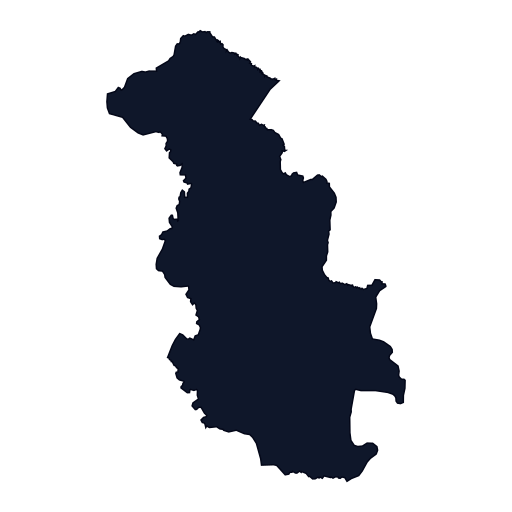 the district of Yendi Municipal, Northern, Ghana
{"feature_id": "2480657B94460481801793", "entity_name": "Yendi Municipal", "entity_type": "district", "adm_level": 2, "iso_a3": "GHA", "parent_name": "Ghana", "parent_adm1": "Northern", "projection": "natural_earth1", "projection_center": [0.075, 9.473], "detail": "fine", "context": "isolated", "style": "filled", "palette": "ink", "viewbox_px": 512, "rotation_deg": 0, "n_neighbors": 0, "source": "geoboundaries", "source_scale": "gbopen_adm2", "svg_char_len": 6006}
<svg xmlns="http://www.w3.org/2000/svg" viewBox="0 0 512 512"><path d="M209.8,31.8L207.1,31.8L206.2,32.7L205.0,31.6L202.5,32.0L200.2,30.7L198.8,32.2L198.1,31.8L195.3,34.6L193.9,33.8L191.4,35.2L188.3,34.4L184.9,36.2L183.3,35.7L180.7,38.5L180.3,42.0L179.3,43.9L177.2,43.9L175.6,46.2L174.1,54.8L173.1,56.5L170.1,58.5L168.6,60.9L156.3,68.1L156.6,71.2L149.0,71.1L145.4,72.1L141.9,71.4L134.0,73.7L127.7,78.6L124.5,87.3L122.2,89.7L121.2,90.2L120.0,88.2L118.3,87.5L115.3,91.5L107.5,93.9L106.9,101.7L107.4,107.9L109.5,113.6L122.6,117.3L130.5,127.3L138.1,132.9L143.1,134.9L155.9,131.6L159.0,132.4L160.0,131.5L162.4,134.1L162.1,135.8L166.0,136.1L167.4,138.7L167.6,141.2L166.1,143.4L166.2,145.9L164.9,148.7L166.6,150.9L169.3,149.0L170.9,149.9L170.5,151.8L169.5,152.7L169.2,157.9L173.2,161.8L173.8,163.3L176.9,164.2L176.7,165.3L177.4,165.9L180.1,165.4L182.0,163.9L182.2,167.1L180.0,172.7L180.3,174.8L185.4,174.9L186.0,178.2L183.5,180.7L184.0,182.0L187.0,182.9L187.6,184.1L191.2,183.4L191.6,184.0L191.0,187.8L189.1,189.2L188.9,191.3L187.4,193.2L187.5,197.3L184.7,197.3L184.4,191.9L182.3,190.2L180.8,192.7L180.1,196.7L179.1,197.2L178.8,199.0L179.7,201.4L179.2,204.6L177.2,205.6L176.2,208.2L177.8,212.8L178.2,220.6L177.6,221.0L177.2,219.2L174.1,219.4L173.1,218.7L172.4,215.3L171.3,215.2L169.1,218.2L169.5,222.4L172.4,226.9L171.7,228.6L170.3,228.6L167.2,231.0L162.9,232.0L161.6,234.7L159.5,236.2L159.7,238.7L162.2,239.6L164.1,239.2L165.4,240.6L162.4,249.1L157.2,258.3L156.2,264.3L156.5,268.7L158.5,270.6L162.5,271.1L164.7,274.5L165.1,277.4L170.3,284.3L174.0,286.3L181.1,286.8L188.0,286.0L188.6,286.6L189.0,289.8L186.0,294.3L187.6,297.5L190.9,298.6L190.6,301.7L192.6,304.7L194.3,302.8L195.9,304.8L196.2,308.2L197.4,310.5L196.0,315.0L198.6,316.8L199.4,319.6L196.8,321.8L196.6,323.5L199.2,324.9L200.4,327.3L200.3,329.1L198.3,334.8L195.2,335.9L193.7,339.9L189.8,338.1L188.4,339.2L186.8,339.0L182.7,334.9L179.7,333.6L175.5,339.4L172.3,345.5L167.6,357.5L169.0,358.0L169.5,359.5L171.0,360.3L171.3,361.6L172.3,361.7L174.1,365.4L175.5,365.8L176.6,367.7L178.2,368.6L177.9,372.2L176.3,372.2L175.8,373.4L177.1,377.9L179.4,379.9L184.0,381.2L184.1,382.2L183.0,383.3L182.5,385.5L181.2,386.5L181.0,387.9L187.3,392.7L189.5,392.6L189.9,390.0L190.5,389.4L193.9,390.4L196.4,389.5L197.5,390.5L197.3,395.2L198.5,399.0L193.0,402.9L192.1,405.9L195.3,409.6L196.6,409.4L198.7,407.3L201.1,407.3L204.5,413.2L206.8,415.4L206.3,416.7L203.6,417.4L201.0,420.0L202.3,422.5L204.1,422.9L205.0,424.1L205.8,427.5L206.7,426.0L209.4,427.5L216.6,426.7L219.9,428.9L222.9,429.3L223.7,430.3L228.7,431.9L236.3,430.2L244.4,433.7L249.7,434.5L252.7,437.4L256.4,443.3L260.7,458.8L261.5,465.1L273.6,464.7L276.7,465.4L285.2,474.8L288.8,474.1L289.7,472.4L292.1,472.2L292.6,471.3L295.4,473.0L296.9,473.1L299.6,471.1L301.2,472.4L301.7,471.6L306.2,473.4L308.7,476.6L309.8,476.4L312.6,478.9L315.2,478.8L317.7,477.3L318.9,477.9L318.9,477.3L320.3,477.2L322.3,478.3L324.0,475.9L330.5,477.5L331.0,477.0L333.0,478.1L335.5,476.8L337.9,476.9L338.5,478.0L340.2,478.3L341.9,477.0L344.8,477.6L347.0,481.3L351.4,478.5L358.7,475.6L362.2,471.0L367.1,462.1L370.3,458.4L376.2,454.0L377.6,450.2L376.9,446.6L372.7,443.3L367.1,443.1L362.4,446.1L357.7,446.5L354.2,445.4L350.9,440.4L349.9,432.8L349.7,417.2L351.2,411.9L351.1,409.2L354.5,390.3L355.8,389.3L361.0,390.6L375.7,390.6L387.8,392.4L392.9,394.2L394.8,395.9L395.9,397.8L396.1,401.1L397.5,403.1L400.5,403.6L403.3,402.4L403.4,395.3L404.9,388.3L405.1,380.3L404.0,379.3L401.6,379.3L399.2,377.0L398.6,375.1L399.1,371.1L398.0,366.0L389.8,359.7L389.0,357.9L389.5,355.5L392.3,352.3L392.1,349.4L390.3,346.5L383.6,341.8L379.4,340.2L372.4,339.0L370.4,333.2L369.7,326.9L376.4,308.5L376.6,303.8L375.7,297.1L379.6,290.7L385.8,286.5L385.7,285.5L385.1,284.0L381.9,283.8L382.1,281.9L381.1,281.7L379.6,280.0L375.0,279.7L371.9,285.3L367.7,285.4L366.9,288.5L363.4,289.5L362.0,288.3L361.4,289.0L360.0,288.8L359.7,287.8L358.9,288.2L357.3,287.1L356.5,287.9L355.7,286.8L353.9,287.5L352.7,285.9L353.1,285.3L352.4,285.7L352.5,284.5L351.9,285.6L348.3,284.6L347.6,285.2L346.8,283.7L344.7,284.6L342.4,283.2L340.3,283.6L339.3,282.2L338.4,282.8L336.1,281.7L335.6,282.6L333.1,283.1L331.5,280.9L330.3,281.4L328.8,280.3L328.1,277.9L326.8,277.5L324.5,274.7L322.3,270.3L322.0,266.7L326.4,260.2L326.4,255.9L327.7,251.9L327.5,244.7L328.1,242.7L327.4,240.3L329.0,234.1L328.6,231.1L330.1,229.8L329.8,220.1L330.9,215.1L330.8,211.5L334.1,208.0L336.2,202.0L336.0,197.3L334.3,193.2L329.4,186.9L329.3,183.4L326.8,183.0L326.9,181.4L325.9,179.3L322.3,176.1L321.2,176.6L319.3,174.9L317.5,175.1L312.2,179.6L311.0,179.4L303.4,182.5L302.7,180.4L303.4,178.0L302.8,176.1L297.6,175.0L296.6,172.4L293.6,172.9L292.1,174.2L291.6,175.8L289.5,176.6L286.3,174.7L285.3,172.9L283.4,173.9L282.0,172.5L280.4,169.6L280.2,161.7L280.8,159.6L279.6,156.4L282.2,152.7L282.1,150.7L284.4,151.4L285.9,150.4L284.7,150.3L284.4,146.4L283.0,145.1L284.1,144.2L282.0,138.8L280.7,138.2L278.6,134.5L274.8,132.5L273.3,130.4L271.3,129.7L267.3,129.8L266.8,128.4L265.2,127.9L265.2,126.9L264.1,126.1L264.3,125.0L263.2,125.3L261.5,124.3L259.5,125.3L258.2,123.2L257.0,123.2L255.4,121.1L253.2,121.1L252.0,119.6L250.2,119.2L270.1,89.3L279.1,80.8L276.2,80.3L276.4,79.1L274.9,79.4L274.8,78.3L272.4,79.5L271.9,78.9L270.9,79.2L270.3,78.2L267.0,76.9L267.0,76.1L265.4,75.5L264.7,76.4L264.7,75.1L262.8,74.1L262.1,74.6L262.8,73.4L261.9,73.3L262.4,72.4L261.4,71.2L260.1,72.0L259.9,71.1L260.7,70.6L259.9,70.4L260.1,69.4L259.1,69.4L258.5,68.4L257.7,69.3L257.6,68.3L255.9,67.1L254.5,67.5L254.7,65.7L253.9,66.1L251.3,65.4L251.4,63.6L249.6,63.2L250.4,61.7L248.5,59.7L247.4,60.0L247.6,59.0L245.3,59.5L244.6,58.6L240.8,57.5L240.1,58.4L240.1,57.3L239.6,57.7L237.9,56.1L238.1,54.8L237.0,54.3L236.7,54.8L235.8,53.2L234.7,54.1L234.2,53.0L231.8,52.5L230.4,53.1L228.5,52.1L227.1,49.9L226.5,50.7L226.6,49.8L224.1,48.6L222.9,47.2L223.0,44.7L222.0,43.7L220.6,44.1L220.2,41.5L219.3,42.2L218.6,40.8L217.5,42.0L217.0,41.6L217.6,40.9L217.3,39.9L216.0,39.8L214.4,37.0L212.5,36.9L209.9,32.9L209.8,31.8Z" fill="#0f172a" stroke="#020617" stroke-width="1.5"/></svg>